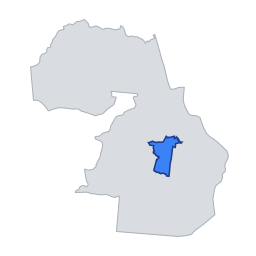 Mumbwa, Central, Zambia shown in context, rotated 275°
{"feature_id": "96606910B37920738728221", "entity_name": "Mumbwa", "entity_type": "district", "adm_level": 2, "iso_a3": "ZMB", "parent_name": "Zambia", "parent_adm1": "Central", "projection": "natural_earth1", "projection_center": [26.865, -14.958], "detail": "fine", "context": "in_parent", "style": "filled", "palette": "blue", "viewbox_px": 256, "rotation_deg": 275, "n_neighbors": 0, "source": "geoboundaries", "source_scale": "gbopen_adm2", "svg_char_len": 7097}
<svg xmlns="http://www.w3.org/2000/svg" viewBox="0 0 256 256"><g transform="rotate(275 128 128)"><path d="M173.5,180.5L161.6,180.5L157.3,181.6L153.8,183.2L149.6,185.8L147.1,187.6L146.5,188.6L146.1,190.9L146.1,194.3L145.7,196.7L144.4,199.0L138.0,201.7L133.8,203.9L129.7,206.6L126.6,210.0L124.5,214.2L121.0,219.4L113.6,228.7L109.3,230.4L105.8,230.0L101.4,228.1L98.0,227.7L95.5,228.9L93.1,228.5L91.0,226.6L89.2,225.9L87.7,226.4L85.9,226.3L82.5,225.2L79.5,221.9L77.9,220.6L76.7,220.0L73.1,219.5L65.0,218.7L56.6,220.4L49.3,222.1L41.7,214.7L34.4,206.8L32.9,204.9L30.1,202.2L28.1,201.0L27.4,200.3L25.4,193.4L24.3,187.0L23.9,125.5L57.1,125.5L59.2,125.2L59.3,124.6L57.7,121.3L57.8,120.1L58.2,117.9L59.7,113.5L59.8,112.0L59.1,107.1L59.1,104.4L59.5,99.0L59.3,97.1L60.0,94.7L60.3,93.0L60.6,92.3L60.2,90.5L59.5,84.0L59.1,81.2L61.1,81.6L61.8,83.0L62.2,84.4L63.1,84.5L65.4,85.4L66.3,86.6L66.8,89.2L66.5,90.5L65.7,91.6L66.5,92.6L68.1,93.2L69.0,93.0L71.7,91.2L74.1,90.6L75.4,90.1L80.9,88.9L82.0,88.3L82.7,88.3L83.3,88.8L82.8,90.7L82.6,92.3L83.3,95.4L83.8,96.8L85.0,97.9L85.8,98.4L86.7,99.6L88.6,99.4L92.8,100.9L94.1,101.7L95.9,102.4L97.1,102.7L101.5,103.2L106.1,104.1L108.4,104.2L110.1,104.0L111.3,103.5L112.0,103.0L112.3,102.6L114.1,96.7L114.9,96.2L116.1,95.9L116.7,96.5L117.5,100.2L120.8,103.5L121.9,106.3L122.7,108.7L123.5,109.4L124.7,110.2L126.7,110.5L128.5,110.6L137.4,114.7L138.4,115.4L139.5,117.6L140.1,120.1L140.8,122.1L142.0,122.4L143.0,122.6L144.0,123.9L144.8,125.1L147.4,129.9L147.8,131.9L149.1,133.1L150.8,133.7L152.4,133.8L153.3,133.2L155.6,132.2L157.4,131.0L158.7,130.6L159.4,130.9L160.0,131.7L160.4,134.1L161.7,134.9L162.6,134.6L163.0,133.6L163.0,133.2L163.0,107.9L162.2,108.1L161.2,108.8L158.8,108.9L157.9,109.4L157.6,110.2L157.8,111.3L157.8,112.7L157.5,113.4L156.5,113.6L155.0,113.1L152.3,112.4L150.0,111.9L148.4,110.0L146.2,107.2L144.8,105.7L141.3,102.8L140.7,102.2L139.7,100.8L138.8,98.4L137.9,95.7L137.4,93.9L138.3,91.3L140.3,82.5L140.8,79.8L142.5,77.0L142.6,74.5L141.9,71.4L142.1,69.6L142.4,59.6L141.9,56.4L140.8,52.9L138.3,48.1L138.3,47.0L142.1,43.8L143.3,42.6L145.3,40.1L146.7,37.9L147.5,36.1L147.8,33.8L147.2,31.7L148.5,31.2L180.3,25.6L180.8,27.1L181.7,29.6L182.8,31.4L184.2,33.0L185.3,34.0L186.1,34.3L191.0,34.2L192.8,35.2L194.3,36.4L194.7,38.3L195.7,39.5L196.8,40.4L197.2,40.6L198.0,40.3L199.3,40.3L200.6,40.7L201.1,41.1L201.2,42.7L201.6,43.5L203.2,43.7L204.9,43.9L206.5,44.9L208.3,45.1L210.3,45.6L211.3,46.8L213.4,48.0L216.1,49.0L219.0,50.8L219.1,51.4L219.5,52.4L220.1,53.1L220.1,54.3L220.3,55.3L221.1,55.5L221.7,55.6L222.3,54.9L223.0,54.9L223.9,55.3L224.2,56.5L224.9,58.1L225.9,59.2L226.6,60.3L226.4,62.2L225.9,63.9L227.4,65.6L229.3,67.3L229.8,68.0L229.9,70.4L230.2,71.2L231.5,73.3L232.1,74.6L232.1,75.4L228.6,79.4L226.4,80.0L225.5,80.8L224.9,81.7L226.3,85.7L227.0,87.2L226.4,89.1L225.0,92.3L224.4,92.6L224.2,95.0L224.6,95.9L225.3,96.6L225.6,98.3L225.5,102.4L224.6,107.0L226.2,111.1L226.7,111.5L228.9,111.6L229.2,111.9L228.7,113.1L227.2,114.9L224.4,116.2L220.4,117.8L219.6,119.3L219.1,121.4L219.5,122.7L220.0,123.4L219.8,125.3L219.5,127.2L219.6,128.8L219.4,130.1L218.9,130.8L218.2,132.9L217.3,135.0L216.6,135.9L215.6,136.9L214.1,137.7L214.1,138.2L215.9,139.1L216.3,139.8L216.5,140.2L215.7,141.3L216.5,141.9L217.5,142.5L218.5,143.9L219.5,146.5L220.0,146.8L220.6,146.5L221.7,145.4L222.5,145.0L223.5,146.5L206.9,153.0L203.0,154.3L197.2,156.6L195.3,157.4L193.8,158.3L178.4,163.3L176.0,164.3L170.6,166.9L170.4,167.3L170.5,168.5L170.9,170.9L171.9,173.1L172.7,174.4L173.2,177.6L173.5,180.5Z" fill="#d9dde1" stroke="#a8b0b8" stroke-width="1"/><path d="M116.0,158.2L116.6,154.0L116.9,153.9L116.9,153.6L117.0,153.4L116.7,152.9L116.5,152.7L116.4,152.6L116.2,152.3L116.2,152.0L116.2,151.8L116.1,151.7L115.9,151.3L115.7,151.2L115.6,150.9L115.5,150.7L115.4,150.5L115.3,150.4L115.3,150.2L115.2,150.1L115.1,149.9L115.1,149.7L112.7,151.4L112.7,155.1L112.2,155.0L111.8,155.1L111.7,155.1L111.3,155.0L111.1,155.0L110.9,154.9L110.7,154.9L110.7,155.0L110.4,155.1L110.2,155.0L109.9,155.0L109.7,155.2L109.6,155.3L109.3,155.3L109.2,155.4L108.9,155.6L108.7,155.8L108.4,155.7L108.2,155.7L108.0,155.9L107.9,156.0L107.7,155.9L107.7,155.7L107.4,155.6L107.2,155.5L106.9,155.7L106.7,155.6L106.7,155.8L106.5,156.1L106.3,156.1L106.2,156.1L106.2,155.9L105.8,155.7L105.8,155.8L105.7,155.8L105.4,155.9L105.3,156.0L105.1,156.3L104.9,156.2L104.9,156.3L104.8,156.5L104.7,156.7L104.6,156.9L104.6,157.0L104.6,157.4L104.4,157.6L104.2,157.6L104.0,157.8L103.8,157.8L103.6,157.9L103.5,158.0L103.3,158.0L103.2,158.3L103.0,158.5L103.0,158.8L102.9,158.8L102.8,159.0L102.7,159.1L102.7,159.4L102.6,159.6L102.4,159.7L102.2,159.8L102.1,160.0L102.1,160.3L102.2,160.5L102.3,160.7L102.3,160.8L102.2,161.0L101.9,161.2L101.7,161.1L101.5,161.5L101.4,161.5L101.1,161.4L101.0,161.2L101.0,160.9L100.7,160.7L100.4,160.6L100.1,160.5L99.9,160.4L99.7,160.2L99.4,160.1L99.2,160.1L98.9,160.0L98.8,159.9L98.7,159.8L98.7,159.7L98.8,159.4L98.9,159.2L90.6,157.8L88.3,157.4L88.2,157.5L88.0,157.8L87.9,158.1L87.8,158.3L87.7,158.4L87.4,158.3L87.4,158.5L87.2,158.7L87.3,158.8L87.3,159.0L87.1,159.2L87.0,159.3L86.9,159.4L86.9,159.5L86.6,160.2L86.4,160.4L86.2,160.7L86.2,160.8L86.4,161.1L86.6,161.4L86.6,161.5L86.5,161.9L86.5,162.3L86.5,162.5L86.4,162.6L86.4,162.8L86.2,162.8L86.0,163.1L85.8,163.1L85.7,163.3L85.7,163.5L85.7,163.8L85.7,164.0L85.4,164.4L85.4,164.7L85.4,164.8L85.4,165.0L85.5,165.3L85.8,165.8L85.9,166.0L86.0,166.1L86.0,166.3L86.0,166.6L85.9,166.8L86.0,167.1L86.0,167.4L86.0,167.9L85.7,168.2L85.7,168.3L85.5,168.6L85.4,168.6L85.2,168.8L85.3,169.1L85.3,169.7L85.3,169.8L85.2,170.0L84.7,170.0L84.0,170.4L83.9,170.4L83.8,170.5L83.6,170.6L83.5,170.8L83.4,170.9L83.4,171.1L83.4,171.3L83.6,171.5L83.7,172.0L83.6,172.5L83.4,172.9L83.4,173.0L83.6,173.0L86.6,173.1L88.6,173.1L91.1,173.1L95.6,173.1L101.7,173.8L102.4,173.8L108.7,174.0L110.1,174.0L112.2,174.3L113.4,174.2L112.8,176.8L116.7,176.9L118.1,182.1L118.2,182.3L118.3,182.3L118.2,182.3L118.3,182.4L118.2,182.5L118.3,182.5L118.6,182.8L118.6,182.7L118.6,182.4L118.6,180.7L118.8,180.4L119.1,180.6L119.2,180.4L119.2,180.2L119.3,180.1L119.5,179.8L119.7,180.0L119.8,180.0L119.9,179.9L120.0,179.8L119.9,179.6L120.0,179.4L120.3,179.2L120.2,179.0L120.2,178.9L120.3,178.6L120.5,178.6L120.5,179.0L120.8,179.1L121.0,179.0L121.0,179.3L121.3,179.0L121.4,178.9L121.3,178.7L121.5,178.7L121.8,178.7L121.8,178.4L122.0,178.4L122.1,178.2L122.4,178.2L122.3,177.8L122.2,177.7L122.3,177.6L122.5,177.6L122.5,177.4L122.7,177.0L122.8,177.0L123.0,177.0L121.5,175.7L121.5,175.1L121.8,175.0L122.0,175.1L122.9,175.1L123.1,175.1L123.3,175.1L123.7,175.0L123.8,175.0L123.8,174.5L123.7,174.4L123.7,174.2L123.6,173.9L123.5,173.7L123.3,173.5L123.2,173.2L123.1,172.8L123.1,172.5L123.0,172.4L122.9,172.2L122.5,171.3L122.4,171.1L122.3,170.9L122.2,170.6L122.3,170.4L122.2,170.3L122.2,169.8L122.2,169.7L122.3,169.8L122.3,169.7L122.3,169.4L122.3,169.2L122.2,169.1L122.3,169.1L122.3,168.9L122.2,168.8L122.2,168.7L122.0,168.4L121.9,168.3L121.9,168.2L123.1,166.8L122.9,166.7L122.7,166.7L120.9,165.9L120.6,165.8L120.5,165.7L117.7,164.6L117.2,164.1L116.8,163.0L116.6,158.8L116.0,158.2Z" fill="#3b82f6" stroke="#1e3a8a" stroke-width="1.5"/></g></svg>